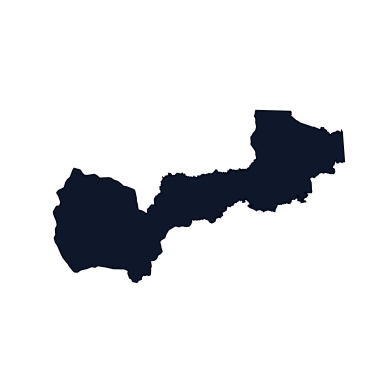 the district of Pak Phli, Nakhon Nayok, Thailand, rotated 210°
{"feature_id": "78962969B43215001089078", "entity_name": "Pak Phli", "entity_type": "district", "adm_level": 2, "iso_a3": "THA", "parent_name": "Thailand", "parent_adm1": "Nakhon Nayok", "projection": "mercator", "projection_center": [101.301, 14.217], "detail": "fine", "context": "isolated", "style": "filled", "palette": "ink", "viewbox_px": 384, "rotation_deg": 210, "n_neighbors": 0, "source": "geoboundaries", "source_scale": "gbopen_adm2", "svg_char_len": 6053}
<svg xmlns="http://www.w3.org/2000/svg" viewBox="0 0 384 384"><g transform="rotate(210 192 192)"><path d="M146.9,311.0L177.3,294.5L177.0,293.1L176.5,292.6L175.6,288.9L173.9,288.1L172.4,286.3L171.6,284.4L168.5,281.0L167.4,277.1L168.2,272.6L167.9,271.6L168.3,269.0L165.4,264.9L164.8,263.0L157.8,259.7L156.2,258.2L155.2,256.3L153.3,254.6L152.5,253.0L152.9,251.6L153.8,250.9L153.7,250.2L153.1,249.6L153.1,248.7L154.3,246.8L154.3,244.6L154.7,243.9L154.0,241.4L154.5,240.7L155.0,240.8L154.7,239.8L155.5,239.8L155.3,238.5L156.8,238.3L158.4,237.0L159.2,237.0L159.6,236.1L159.4,235.2L160.4,235.2L160.8,235.8L161.8,235.7L161.3,235.3L161.2,234.8L162.4,234.6L162.6,233.9L164.3,232.7L164.9,231.7L165.8,232.1L166.4,231.6L167.0,231.6L167.7,230.7L169.0,231.0L170.3,230.5L170.2,229.2L171.0,228.3L170.2,228.3L170.1,227.1L171.0,226.6L171.4,225.3L172.7,225.2L172.7,223.9L173.4,223.9L173.7,224.5L174.4,224.6L174.6,224.4L174.2,223.6L174.6,223.3L176.6,223.3L179.4,221.9L181.5,223.1L182.2,223.0L182.9,219.3L183.7,217.5L187.0,215.9L187.2,214.6L188.1,214.5L188.9,213.2L191.1,212.8L192.3,211.3L192.3,210.2L193.6,209.2L194.7,208.8L194.5,207.6L194.9,206.3L196.2,206.4L196.9,206.0L198.1,206.3L198.4,204.5L200.1,204.3L201.0,204.0L201.3,203.3L203.0,203.2L203.7,202.5L205.2,202.6L206.0,202.1L206.5,202.4L206.8,203.3L207.3,203.4L207.4,202.4L207.8,202.1L208.8,202.9L209.8,203.2L210.6,201.7L214.1,200.7L215.2,197.1L216.5,196.8L217.3,195.7L217.8,195.7L218.7,196.5L220.2,196.2L220.1,196.9L221.3,196.4L220.7,195.6L219.7,195.3L220.8,194.7L221.2,193.2L222.1,193.0L222.2,192.3L222.7,192.2L222.5,191.5L223.3,190.5L222.8,189.5L224.1,189.8L223.1,188.7L223.4,187.6L222.9,187.4L223.7,185.6L223.1,184.9L222.5,185.1L222.2,183.3L221.7,183.6L221.0,183.0L221.3,182.6L221.0,181.6L222.1,180.9L222.1,180.2L220.9,179.2L221.0,178.6L219.4,177.9L218.3,175.9L219.8,173.1L220.0,171.1L221.0,170.2L220.4,169.1L221.1,168.1L220.5,166.5L218.1,163.0L218.0,162.0L218.2,161.4L220.2,160.7L221.0,158.8L220.6,156.5L221.3,156.1L221.7,154.8L219.9,152.1L219.9,151.2L220.4,150.7L221.4,150.0L223.1,150.5L226.6,150.3L228.4,149.5L230.6,150.3L233.6,154.2L235.8,156.2L237.5,159.0L242.1,164.1L243.4,164.8L251.0,163.7L254.2,162.5L257.6,163.3L261.6,163.8L265.8,163.0L269.0,163.3L271.4,162.5L278.9,157.6L282.5,158.4L285.3,158.3L290.9,153.8L293.5,152.5L296.5,153.2L298.8,154.5L300.1,154.9L305.9,153.4L305.9,151.4L304.7,143.9L305.9,140.1L306.0,137.1L304.9,132.9L304.9,131.5L308.2,126.5L308.7,124.1L308.5,123.7L305.5,122.1L300.4,117.7L299.6,114.0L299.9,113.4L301.8,112.0L302.1,111.3L302.0,105.6L299.8,103.1L294.7,99.2L292.4,96.5L291.8,95.1L291.8,92.7L291.4,91.3L288.3,86.7L288.4,84.1L288.0,83.1L284.8,80.1L281.2,78.3L275.1,73.7L271.1,71.0L266.0,68.8L263.5,68.2L261.5,66.9L257.4,65.2L254.9,64.3L253.2,64.3L251.2,65.5L249.6,68.9L244.7,73.5L242.5,76.5L241.3,77.5L238.2,78.7L237.2,80.8L236.4,81.4L228.6,84.4L222.0,86.4L212.1,91.8L207.7,92.2L206.7,89.6L203.0,86.5L200.4,86.5L199.2,85.4L198.2,85.1L194.8,86.2L194.3,86.9L194.5,88.5L192.4,90.9L193.3,92.9L193.1,94.3L193.3,95.5L191.0,96.3L190.0,97.8L187.8,98.2L187.0,99.3L187.2,100.1L189.0,103.8L190.1,105.1L190.0,106.3L190.5,107.6L193.8,111.4L193.6,112.0L190.8,113.9L190.2,114.9L189.6,116.8L190.1,120.3L188.6,123.1L188.3,125.2L188.8,126.1L191.0,127.9L192.7,130.1L194.8,132.0L195.2,133.5L195.0,134.9L192.9,138.8L193.6,142.4L193.5,147.6L190.0,153.8L189.2,154.7L186.1,155.4L184.0,157.8L180.5,159.1L178.1,160.6L177.4,161.5L177.2,163.0L177.5,165.7L178.4,167.1L178.3,168.2L177.4,168.7L176.3,168.7L176.0,169.4L174.5,170.3L173.8,170.2L172.8,171.4L171.8,171.7L171.6,172.1L172.2,172.6L171.9,173.1L171.0,172.9L170.8,173.5L170.1,173.5L169.6,174.3L169.1,173.9L168.2,175.6L165.4,175.6L163.9,176.3L161.7,175.0L160.5,175.1L160.0,175.8L159.5,175.3L158.6,176.3L157.6,178.5L158.3,180.0L158.0,181.7L156.8,183.1L157.0,183.6L154.9,184.0L154.6,185.9L154.0,187.0L155.4,188.6L156.9,188.2L156.3,189.6L154.6,191.0L154.7,191.6L153.6,193.0L154.0,193.3L153.8,194.4L154.2,194.6L154.2,195.7L155.2,196.1L154.4,197.8L153.9,198.1L153.1,197.9L151.5,198.8L151.7,199.6L151.0,200.8L150.5,200.9L150.7,201.5L150.0,201.7L150.6,203.9L149.8,204.0L149.5,205.0L148.6,205.1L148.2,206.9L147.4,207.6L147.3,208.2L147.7,208.6L147.1,209.6L145.5,209.1L145.0,210.2L143.7,210.2L143.0,208.7L142.6,208.7L141.5,210.0L142.6,210.7L142.8,212.1L142.4,212.2L142.5,212.6L142.1,212.9L141.6,212.5L140.2,213.1L139.3,212.3L138.5,212.5L137.1,211.9L137.0,211.5L133.9,210.6L133.7,209.8L134.2,209.3L136.0,209.4L136.3,208.0L133.8,207.7L130.1,208.4L126.8,208.3L126.5,209.6L126.1,209.7L126.0,209.3L125.9,210.1L122.9,211.5L122.5,211.5L122.2,211.0L121.0,211.6L120.3,211.0L119.1,213.0L118.5,213.2L118.4,214.4L117.6,214.4L117.6,214.8L116.0,214.9L115.5,215.5L113.9,215.4L113.7,215.9L110.7,216.5L111.4,218.5L111.9,224.3L108.5,226.2L108.4,227.0L107.5,227.3L107.6,227.8L107.0,228.0L107.2,228.4L105.2,229.1L105.3,230.6L104.0,231.3L103.5,230.4L101.7,231.0L101.5,233.1L102.2,233.1L102.0,234.6L102.7,234.7L101.0,236.5L99.6,237.0L99.2,239.0L98.0,239.4L98.7,241.3L97.5,241.8L96.0,237.7L92.8,238.7L92.3,238.4L92.1,237.7L89.0,240.4L89.7,240.7L91.0,239.9L91.9,241.0L93.0,241.0L91.9,242.2L92.4,243.1L90.8,244.3L90.3,246.7L90.5,247.2L91.1,247.1L92.0,247.8L93.6,247.5L93.7,248.1L88.4,251.2L88.9,252.6L89.6,253.2L93.5,259.4L94.0,259.9L95.0,259.9L95.2,260.8L96.9,261.8L96.8,263.2L96.0,265.4L93.4,265.7L92.5,268.9L91.7,269.9L91.6,271.8L89.7,273.9L87.4,274.4L86.6,275.9L84.2,276.5L83.4,277.2L82.4,276.9L78.6,278.9L78.6,280.6L79.9,282.5L80.9,283.0L82.7,282.1L83.5,282.4L82.9,283.6L83.5,285.6L82.8,286.9L83.5,288.1L83.5,289.2L84.1,290.5L83.1,291.9L82.1,290.4L81.0,289.9L79.9,290.6L79.9,291.8L78.3,292.7L76.8,292.8L76.6,293.6L75.3,294.5L92.2,319.3L93.0,319.7L92.5,318.2L93.3,317.3L95.2,317.8L96.7,317.2L97.2,315.7L98.4,314.7L100.1,312.6L100.4,311.0L101.0,310.3L103.9,311.5L105.3,311.1L106.3,312.2L108.3,312.6L109.3,312.1L110.2,313.3L112.1,312.3L111.9,311.1L111.1,310.7L112.5,309.7L119.1,308.8L119.6,308.2L133.2,305.6L135.9,305.9L137.5,305.7L144.9,307.2L145.3,307.6L145.1,308.7L146.1,309.9L146.7,309.6L147.3,310.4L146.5,310.7L146.9,311.0Z" fill="#0f172a" stroke="#020617" stroke-width="1.5"/></g></svg>